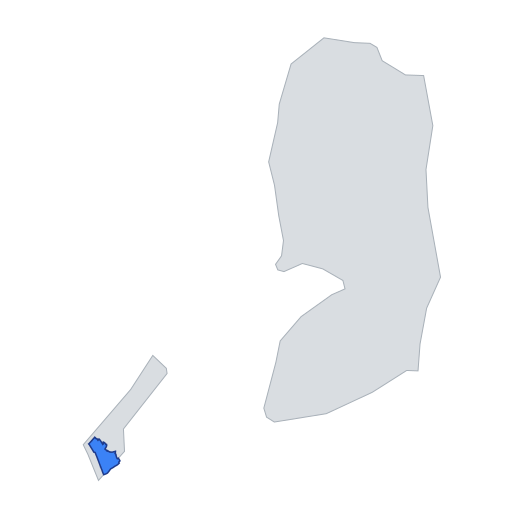 location of Rafah, Gaza Strip, Palestine, rotated 356°
{"feature_id": "87354302B11532502248212", "entity_name": "Rafah", "entity_type": "district", "adm_level": 2, "iso_a3": "PSE", "parent_name": "Palestine", "parent_adm1": "Gaza Strip", "projection": "robinson", "projection_center": [34.269, 31.284], "detail": "fine", "context": "in_parent", "style": "filled", "palette": "blue", "viewbox_px": 512, "rotation_deg": 356, "n_neighbors": 0, "source": "geoboundaries", "source_scale": "gbopen_adm2", "svg_char_len": 3709}
<svg xmlns="http://www.w3.org/2000/svg" viewBox="0 0 512 512"><g transform="rotate(356 256 256)"><path d="M435.8,87.7L441.5,138.3L431.6,181.6L430.9,219.5L438.6,290.0L422.6,319.9L413.5,355.2L409.6,381.9L398.3,380.7L362.6,400.0L315.1,418.2L262.7,422.9L255.3,417.5L253.2,408.3L268.4,363.5L274.2,342.4L296.8,319.6L328.9,299.9L342.5,295.0L341.0,286.5L321.7,273.5L301.7,266.7L282.8,273.5L276.8,271.4L274.9,265.7L281.5,257.6L284.5,242.5L281.5,217.4L279.4,186.7L275.2,163.0L286.9,124.5L289.8,106.1L304.4,66.9L339.0,43.1L368.8,50.0L384.6,51.8L391.2,56.4L395.5,70.0L417.7,85.8L435.8,87.7ZM146.1,348.0L158.7,361.8L159.1,367.0L111.7,419.3L111.2,441.7L83.2,468.9L74.4,441.9L70.5,432.2L121.7,380.4L146.1,348.0Z" fill="#d9dde1" stroke="#a8b0b8" stroke-width="1"/><path d="M83.0,426.0L82.9,426.0L82.8,425.9L82.7,425.8L82.6,425.7L82.5,425.8L82.4,425.6L82.1,425.9L81.8,426.2L81.3,426.7L81.1,426.9L81.0,427.1L80.8,427.2L80.6,427.3L80.5,427.5L80.0,427.9L79.8,428.2L79.5,428.6L79.2,428.7L79.2,428.9L79.0,429.0L78.8,429.2L78.6,429.4L78.5,429.5L78.3,429.7L78.2,429.8L78.0,430.0L77.9,430.0L77.6,430.4L77.2,430.7L76.9,430.9L76.7,431.2L76.4,431.5L76.2,431.7L76.0,431.8L76.7,432.8L77.4,434.2L78.2,435.8L78.4,436.1L78.9,437.1L79.8,438.8L80.0,439.3L80.6,440.4L80.7,440.5L81.3,440.6L81.6,440.6L81.8,440.8L82.0,441.2L82.1,441.7L82.5,442.9L82.6,443.3L82.8,443.9L83.1,444.7L83.2,445.0L83.3,445.4L83.3,445.5L83.5,445.9L83.5,446.0L83.7,446.6L83.7,446.9L83.8,447.0L84.2,448.5L84.3,448.7L84.7,450.0L85.3,452.1L85.7,453.4L85.9,454.2L86.2,455.2L86.2,455.3L86.3,455.3L86.6,456.3L86.7,456.7L86.9,457.5L87.2,458.1L87.6,459.7L87.9,460.8L88.3,462.1L88.6,462.9L88.8,463.5L89.4,463.4L90.2,463.1L90.8,463.0L91.5,462.7L92.0,462.5L92.6,462.2L92.8,462.1L93.1,461.7L93.5,461.3L94.0,460.8L94.3,460.4L94.9,459.8L95.2,459.3L95.7,458.7L95.9,458.5L96.2,458.2L97.1,457.8L99.3,456.7L100.3,456.0L100.7,455.8L101.3,455.6L101.8,455.3L102.3,455.1L102.6,454.9L102.9,454.8L103.4,454.5L103.9,454.1L104.2,453.8L104.5,453.6L104.8,453.3L105.1,453.1L104.7,452.1L106.0,450.9L105.6,449.9L104.6,448.1L103.5,448.6L103.4,448.5L103.3,448.2L103.2,448.0L103.1,447.5L102.9,447.1L102.8,446.9L102.7,446.2L102.6,445.9L102.6,445.7L102.5,445.1L102.5,444.9L102.4,444.9L102.4,444.4L102.3,444.1L102.3,443.9L102.2,443.7L102.0,443.4L101.9,443.4L101.7,443.3L101.8,443.1L101.8,442.9L101.9,442.7L101.9,442.4L102.0,442.2L102.1,441.8L102.1,441.5L102.2,441.3L102.2,441.0L101.8,441.1L100.5,441.3L100.1,441.4L99.5,441.6L99.4,441.6L99.2,441.6L98.9,441.6L98.7,441.6L98.4,441.6L98.2,441.6L97.9,441.5L97.5,441.5L97.4,441.5L97.2,441.5L96.9,441.5L96.9,441.4L96.7,441.4L96.5,441.2L96.4,441.2L96.2,441.1L95.9,440.9L95.6,440.8L95.4,440.6L95.2,440.6L95.1,440.4L94.9,440.3L94.8,440.2L94.7,440.1L94.4,439.7L94.2,439.8L94.2,440.0L94.2,440.3L93.9,440.2L93.7,440.0L93.5,439.9L93.4,439.8L93.4,439.7L93.2,439.4L93.0,439.1L92.5,438.5L92.4,438.5L92.3,438.4L92.2,438.4L92.1,438.2L91.9,438.1L92.0,437.8L92.1,437.6L92.2,437.4L92.3,437.4L92.4,437.2L92.5,437.0L92.6,436.9L92.7,436.7L92.8,436.7L93.0,436.3L93.1,436.2L93.3,436.0L93.3,435.9L93.4,435.7L93.6,435.3L93.6,435.2L93.7,434.9L93.8,434.8L93.8,434.7L93.8,434.4L93.9,434.1L93.7,434.0L93.4,433.8L93.2,433.7L93.3,433.5L93.2,433.5L93.1,433.4L93.0,433.2L92.9,433.2L92.7,432.9L92.6,432.7L92.4,432.5L92.3,432.3L92.0,432.0L92.0,431.9L91.9,431.9L91.8,431.7L91.7,431.6L91.5,431.4L91.4,431.4L91.0,431.2L90.7,431.0L90.6,431.4L90.6,431.5L90.6,431.9L90.5,432.5L90.4,432.8L90.1,432.6L90.0,432.8L89.9,433.0L88.9,431.1L88.1,429.6L87.3,428.4L86.6,427.6L85.5,428.8L85.2,428.3L85.0,427.9L85.1,427.7L84.9,427.5L84.7,427.3L84.4,427.2L84.2,427.2L83.9,427.2L83.7,427.0L83.7,426.9L83.4,426.8L83.3,426.7L83.3,426.4L83.1,426.2L83.0,426.0Z" fill="#3b82f6" stroke="#1e3a8a" stroke-width="1.5"/></g></svg>